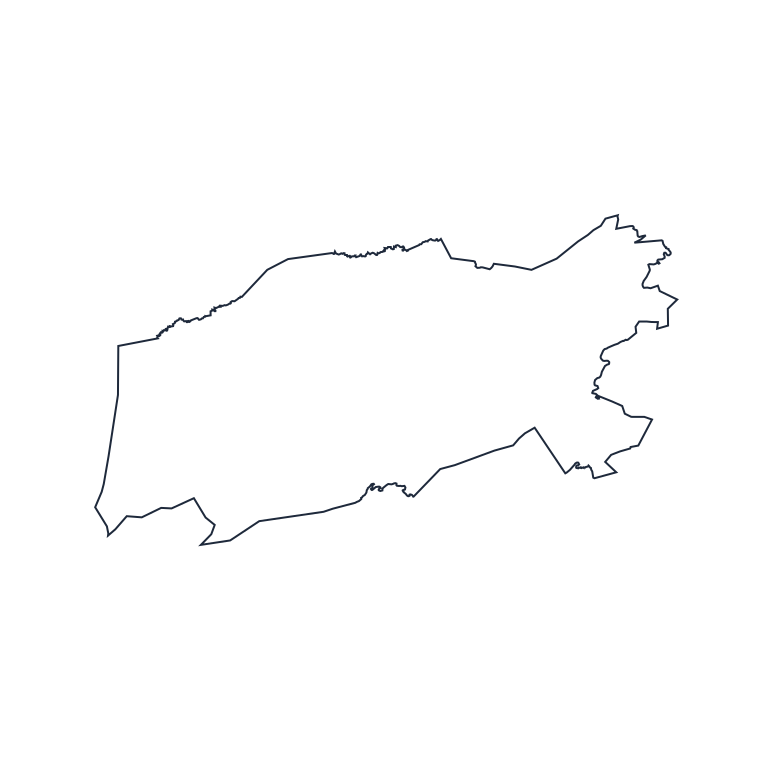 the district of San Miguel Totolapan, Guerrero, Mexico, rotated 75°
{"feature_id": "50627088B56335708263076", "entity_name": "San Miguel Totolapan", "entity_type": "district", "adm_level": 2, "iso_a3": "MEX", "parent_name": "Mexico", "parent_adm1": "Guerrero", "projection": "equal_earth", "projection_center": [-100.327, 17.847], "detail": "fine", "context": "isolated", "style": "outline", "palette": "slate", "viewbox_px": 768, "rotation_deg": 75, "n_neighbors": 0, "source": "geoboundaries", "source_scale": "gbopen_adm2", "svg_char_len": 6119}
<svg xmlns="http://www.w3.org/2000/svg" viewBox="0 0 768 768"><g transform="rotate(75 384 384)"><path d="M509.3,154.3L487.7,134.3L483.1,141.1L479.7,153.7L475.0,159.1L466.9,159.6L460.0,168.1L450.9,180.2L452.2,180.5L453.0,180.0L453.3,180.4L453.7,180.3L453.6,181.3L451.9,182.8L451.7,182.9L449.8,181.0L448.4,181.9L446.8,185.1L446.5,185.2L444.7,183.9L444.0,179.3L443.4,178.1L441.2,178.3L440.0,180.4L439.2,180.8L437.1,180.4L434.8,179.1L433.5,176.4L433.5,174.4L432.9,173.2L431.5,172.0L428.6,170.4L423.8,165.9L423.0,163.3L423.0,161.7L422.0,161.0L421.0,160.8L419.6,161.7L419.2,162.6L418.7,165.4L418.0,166.6L415.8,167.7L414.6,167.9L413.3,167.5L408.5,163.6L407.4,161.9L407.4,159.7L406.9,158.5L406.4,155.4L405.8,151.2L405.6,147.7L404.6,144.7L404.2,141.9L404.5,141.4L403.8,139.1L404.3,138.4L404.4,137.1L399.9,127.1L393.8,126.2L389.7,121.4L391.6,114.2L393.4,109.4L395.1,103.4L401.3,105.9L401.1,94.5L384.8,90.4L378.3,78.9L365.6,93.6L359.9,94.0L360.5,101.7L359.0,104.7L358.4,108.0L357.1,108.6L355.7,108.7L354.3,108.4L351.7,106.5L348.5,102.6L343.3,98.0L342.2,97.6L337.2,97.8L336.9,96.6L338.3,92.5L338.2,90.5L337.7,89.2L337.9,88.4L338.9,87.5L338.7,86.7L337.7,87.0L336.2,88.2L335.4,87.9L334.8,86.9L335.5,83.0L334.8,80.3L333.6,79.9L331.1,80.2L329.8,79.3L329.9,78.4L330.4,77.9L332.4,77.2L333.2,76.4L333.4,75.2L332.6,73.6L331.6,73.1L330.5,73.2L327.9,74.4L327.3,74.2L325.8,76.4L324.9,76.1L324.4,76.9L323.7,77.2L321.0,78.0L317.8,77.9L317.1,78.6L312.3,105.6L311.0,98.7L308.2,92.7L308.0,96.3L308.1,99.2L307.4,100.2L306.4,100.6L301.9,99.8L301.1,100.3L300.7,100.2L299.9,101.7L298.4,103.0L297.6,102.3L296.7,102.3L295.8,102.9L295.2,105.4L294.2,119.5L285.7,115.2L282.5,115.1L281.5,114.5L281.6,127.3L287.3,133.6L289.6,141.9L292.8,148.5L296.5,159.6L307.6,184.8L311.9,212.0L304.4,227.1L296.3,246.8L298.5,248.7L299.7,250.4L300.5,252.2L296.9,258.5L296.3,260.3L296.5,261.3L296.0,263.8L293.9,265.2L292.7,264.3L291.4,264.3L290.5,264.6L289.4,264.5L288.6,265.5L279.9,286.6L258.6,291.5L259.4,292.9L259.8,294.7L257.7,295.4L257.7,295.9L258.6,296.7L258.7,297.6L257.7,299.8L256.8,300.8L256.3,300.9L256.1,301.5L256.9,304.4L257.6,304.9L256.8,306.8L257.2,307.9L257.1,309.9L258.6,311.8L258.3,313.5L258.9,314.1L260.7,326.2L261.3,326.3L261.5,327.5L260.2,328.2L259.6,329.5L259.5,330.3L260.1,331.0L259.9,331.5L259.3,331.5L259.1,330.4L258.6,330.1L258.8,329.4L257.4,329.3L256.2,329.7L256.0,330.5L256.6,331.1L255.9,332.9L254.6,333.6L253.4,334.9L253.4,336.8L254.8,337.2L253.8,338.8L256.2,339.6L256.2,340.6L254.8,342.2L253.4,342.0L252.7,344.7L253.8,345.7L252.8,348.2L254.5,348.0L255.4,348.8L255.9,348.9L255.9,349.6L255.0,349.8L256.0,351.2L255.7,353.3L256.3,354.1L256.4,355.4L255.7,356.2L257.5,357.2L257.4,358.1L255.1,359.8L254.3,360.9L254.5,362.5L255.1,363.9L252.7,365.5L253.9,366.3L253.9,367.1L254.7,368.1L255.8,368.6L255.9,369.3L255.2,370.6L255.0,372.2L252.8,372.8L252.9,373.3L254.0,374.2L254.3,378.1L253.1,378.6L252.5,378.3L252.3,379.1L252.9,379.8L252.4,381.9L253.2,383.6L253.0,384.0L251.4,383.8L251.2,384.4L251.5,386.2L251.1,386.6L249.8,386.4L249.3,388.3L248.8,388.6L247.5,388.3L247.1,389.4L247.5,390.5L246.7,391.5L247.2,393.4L247.2,394.3L245.5,396.6L243.3,397.1L245.4,398.5L245.3,399.1L244.4,399.7L244.0,400.6L238.5,444.4L243.5,467.2L263.1,498.8L262.5,500.1L263.5,500.9L263.3,502.1L264.0,503.1L265.4,506.9L264.7,508.9L264.7,509.8L265.2,510.9L266.1,510.9L266.6,511.5L266.3,512.4L266.9,514.1L267.1,515.8L267.1,516.6L266.6,517.5L266.8,519.6L265.8,522.3L266.0,522.6L266.5,521.8L267.1,521.8L266.7,523.9L267.2,526.6L266.3,528.0L268.3,528.3L269.5,527.8L270.0,528.0L269.8,528.8L268.0,530.0L267.7,530.6L268.6,530.6L268.9,532.7L272.8,533.7L272.4,538.7L272.1,539.1L272.7,539.4L272.6,540.7L273.7,541.9L273.5,542.9L274.1,544.0L274.2,545.5L274.1,546.1L272.1,547.0L271.9,548.1L272.6,554.1L273.3,554.8L273.7,556.1L273.5,556.5L272.9,556.0L272.5,556.2L272.4,557.3L273.3,558.1L273.2,558.5L272.0,558.9L271.8,560.8L270.4,561.5L269.7,561.4L269.4,562.9L268.0,563.2L267.7,564.6L269.0,565.8L269.1,566.5L269.0,567.3L269.5,567.8L269.7,569.7L270.5,569.8L271.1,570.5L271.5,572.4L272.7,572.3L273.5,572.7L273.4,574.3L272.7,575.8L273.5,575.9L273.5,576.3L272.7,577.7L274.0,578.4L274.3,578.8L274.3,579.8L275.3,579.1L276.2,579.6L276.2,580.5L275.3,581.2L275.0,582.6L275.7,583.1L275.3,584.1L276.5,584.2L276.8,584.5L277.0,585.3L276.3,585.6L276.2,586.0L276.5,586.5L277.8,588.0L278.7,587.3L279.0,587.5L279.5,588.8L278.7,589.9L278.7,590.6L279.5,590.4L280.4,591.0L281.4,590.6L278.5,630.8L325.7,643.8L382.6,668.8L408.1,680.6L415.1,684.6L428.3,694.9L449.8,688.5L457.1,689.0L459.0,689.8L454.8,681.1L445.1,666.7L450.1,652.5L446.0,631.3L449.2,621.4L445.1,597.2L466.8,590.9L476.3,584.0L484.4,589.7L492.0,602.5L495.3,573.1L484.2,540.0L491.8,475.4L491.2,465.7L491.3,442.3L490.9,441.1L490.6,438.5L489.3,435.8L488.1,435.6L487.9,434.6L486.9,433.5L486.2,431.2L484.3,429.1L482.1,428.1L481.2,427.0L480.4,426.6L479.4,424.3L477.6,422.1L477.5,421.0L477.7,419.8L478.2,419.6L479.2,421.9L480.3,421.7L481.0,421.9L481.6,422.6L481.7,423.5L482.0,423.8L483.1,423.4L483.3,423.1L483.2,422.4L481.4,418.6L481.7,415.9L482.0,415.0L482.9,414.2L483.6,414.2L483.8,415.7L484.9,416.6L485.4,416.5L486.4,415.3L486.4,413.1L484.7,412.5L484.1,411.7L482.3,407.7L481.7,405.8L482.9,402.6L482.8,400.9L482.6,400.1L482.7,398.7L483.4,397.7L485.0,398.2L485.6,397.9L486.4,395.9L486.6,394.5L487.3,393.3L487.7,390.6L489.5,390.1L491.3,391.0L491.3,392.8L491.6,393.5L492.2,393.5L492.8,392.9L493.5,393.1L495.8,391.4L497.6,390.7L498.5,389.9L498.8,389.1L498.5,388.1L497.5,388.0L497.4,387.3L498.1,386.0L498.7,385.5L500.4,384.9L500.4,384.5L480.7,351.7L480.7,336.6L476.9,294.6L476.7,275.1L471.6,267.7L468.1,260.6L465.2,249.8L517.2,232.0L516.8,230.4L515.1,226.7L511.2,220.8L510.4,220.0L509.8,218.3L509.9,217.5L510.3,216.7L512.2,216.3L512.7,217.5L512.6,219.0L513.1,219.5L513.9,219.6L514.1,220.0L514.9,219.9L515.7,218.2L515.1,217.4L515.8,216.3L515.4,215.4L516.3,215.0L516.2,213.3L516.7,212.8L516.2,212.6L516.8,211.1L516.4,210.5L516.5,208.2L515.7,207.6L516.5,207.1L518.2,206.5L518.6,205.9L520.5,206.0L522.3,205.5L528.6,206.1L529.5,205.1L529.4,182.5L516.5,190.5L511.2,182.9L510.2,173.4L510.0,162.9L508.7,162.1L509.3,154.3Z" fill="none" stroke="#1e293b" stroke-width="2"/></g></svg>